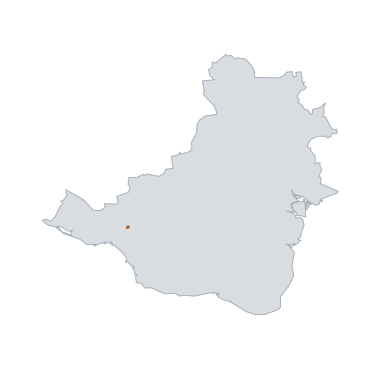 Santa Mariana, Paraná, Brazil shown in context, rotated 82°
{"feature_id": "56859067B10237874887501", "entity_name": "Santa Mariana", "entity_type": "district", "adm_level": 2, "iso_a3": "BRA", "parent_name": "Brazil", "parent_adm1": "Paraná", "projection": "natural_earth1", "projection_center": [-50.532, -23.056], "detail": "fine", "context": "in_parent", "style": "filled", "palette": "amber", "viewbox_px": 384, "rotation_deg": 82, "n_neighbors": 0, "source": "geoboundaries", "source_scale": "gbopen_adm2", "svg_char_len": 4197}
<svg xmlns="http://www.w3.org/2000/svg" viewBox="0 0 384 384"><g transform="rotate(82 192 192)"><path d="M108.0,71.1L111.6,74.7L116.1,73.0L117.5,75.2L120.0,72.0L126.0,68.7L127.3,65.6L131.2,63.9L131.5,61.9L127.1,61.2L125.9,52.7L122.2,47.4L127.3,50.1L131.9,49.9L135.1,52.7L136.1,49.4L147.6,45.3L150.1,42.6L150.0,40.0L153.4,39.9L154.4,41.1L153.3,45.3L156.3,46.5L157.3,50.0L155.3,52.7L154.3,59.7L156.5,67.0L161.9,71.3L164.3,70.6L165.4,68.3L167.5,68.8L173.7,65.0L181.4,66.2L180.3,63.0L181.5,61.0L183.0,61.9L188.1,60.4L193.8,64.1L196.2,62.3L201.6,63.6L211.7,47.1L213.3,48.8L216.7,64.0L218.5,66.4L221.8,67.7L222.2,71.6L216.5,78.9L212.9,81.3L208.2,91.3L203.6,92.7L208.4,93.0L215.5,87.9L216.9,94.3L218.8,96.3L226.2,94.1L224.0,101.3L226.8,95.5L230.2,92.2L231.9,93.2L232.6,92.2L232.0,89.5L234.2,86.4L239.9,85.6L252.1,91.2L253.0,94.0L254.7,92.0L257.5,94.2L258.3,96.6L256.8,98.3L257.4,99.1L259.0,97.5L259.3,99.0L257.9,100.6L257.0,105.6L258.9,103.5L260.3,99.9L260.6,102.5L266.1,99.1L278.8,103.3L289.0,102.9L299.0,109.6L307.7,118.9L318.6,120.5L320.7,123.9L323.5,137.3L322.3,146.1L318.0,154.9L306.1,169.4L306.0,168.2L303.8,174.8L300.0,180.6L298.3,181.5L297.0,178.9L295.9,180.2L294.3,186.4L295.4,204.2L293.1,214.5L293.4,218.6L290.0,222.8L289.0,233.2L281.0,246.2L280.6,252.1L275.9,254.6L273.7,259.6L267.6,259.7L266.4,257.8L265.9,259.9L256.6,260.4L257.0,262.1L251.1,266.3L247.8,266.2L241.9,269.7L234.6,275.9L233.2,278.9L231.9,277.8L231.4,279.1L229.7,278.5L231.9,280.3L230.1,282.3L229.6,285.6L230.8,292.8L229.2,303.7L223.0,309.8L215.5,324.7L208.3,331.4L208.2,329.2L213.2,326.4L217.6,318.3L217.8,316.8L214.8,317.7L213.0,315.1L213.9,317.7L213.1,320.7L208.7,325.7L207.3,329.6L207.8,331.8L204.5,339.4L199.9,344.1L198.9,343.5L198.8,339.7L201.4,336.3L197.3,330.9L188.2,324.9L185.4,321.5L182.8,323.3L182.6,320.9L177.4,315.7L175.0,317.0L172.4,316.3L183.3,302.1L184.6,302.1L184.3,300.8L196.5,292.3L197.5,285.2L195.3,280.2L191.3,280.2L193.7,268.2L191.2,266.3L186.0,267.4L183.4,254.9L179.1,252.8L175.9,254.3L169.0,252.5L169.9,244.3L167.6,237.8L169.6,236.4L167.8,234.5L171.9,222.6L169.6,217.1L165.8,214.9L166.1,207.5L153.9,207.4L153.4,201.2L151.1,198.2L153.1,198.1L151.5,188.0L147.6,185.7L142.9,185.9L134.3,179.3L125.2,177.5L121.3,173.9L118.6,168.2L118.4,156.2L110.5,157.7L97.0,167.1L92.9,165.9L83.5,166.3L83.9,154.1L79.3,158.2L73.0,158.5L71.6,154.7L66.1,153.9L67.6,150.6L60.5,139.4L62.4,137.5L62.1,134.4L66.2,130.9L65.5,128.1L67.8,120.5L74.7,115.7L81.8,113.1L87.3,114.1L91.1,89.9L89.5,84.6L86.5,81.7L86.7,76.1L92.7,75.5L91.7,72.5L88.0,72.4L88.1,67.3L99.3,67.2L99.2,65.2L100.9,67.0L104.5,64.2L106.4,67.4L106.7,71.4L108.0,71.1ZM219.9,81.5L232.4,82.9L229.4,91.4L227.1,91.6L226.7,93.1L224.9,92.4L222.9,94.6L218.1,94.5L216.4,90.3L217.7,89.2L216.2,87.7L217.2,82.7L219.9,81.5ZM209.2,91.8L211.1,85.7L213.1,84.8L213.0,88.6L209.2,91.8ZM223.3,78.5L222.1,80.8L219.3,80.3L219.7,78.8L223.3,78.5ZM219.0,76.0L218.6,80.7L217.3,80.2L219.0,76.0ZM225.3,81.5L223.5,81.7L222.7,81.4L224.9,80.0L225.3,81.5ZM217.1,81.6L215.3,83.2L214.6,82.4L215.9,81.0L217.1,81.6ZM220.5,77.6L219.6,76.6L221.1,75.7L221.3,76.6L220.5,77.6ZM219.5,65.5L218.5,65.8L218.2,64.1L219.2,64.0L219.5,65.5ZM231.2,297.3L230.9,295.8L231.7,294.4L231.9,294.9L231.2,297.3ZM252.2,265.7L252.5,267.4L251.2,267.0L252.2,265.7ZM230.6,286.6L230.1,285.7L230.9,284.8L231.2,285.2L230.6,286.6ZM258.6,102.5L257.9,104.3L258.6,101.8L258.6,102.5ZM297.6,181.8L296.3,182.3L297.1,180.9L297.6,181.8ZM259.9,261.1L258.7,261.6L258.4,261.3L259.2,260.6L259.9,261.1ZM295.5,185.0L295.0,185.9L294.7,185.3L295.5,185.0ZM255.3,90.5L255.4,91.4L255.0,91.3L255.3,90.5Z" fill="#d9dde1" stroke="#a8b0b8" stroke-width="1"/><path d="M217.7,259.2L217.6,259.3L217.4,259.4L217.3,259.5L217.5,259.6L217.4,259.7L217.5,259.7L217.5,259.8L217.4,259.8L217.4,260.0L217.4,260.3L217.5,260.3L217.5,260.5L217.4,260.5L217.4,260.8L217.5,260.9L217.5,261.0L217.9,261.5L218.0,261.5L218.3,261.5L218.5,261.4L218.4,261.3L218.4,261.2L218.5,261.2L218.5,260.9L218.4,260.9L218.5,260.8L218.5,260.7L218.4,260.7L218.4,260.8L218.3,260.7L218.5,260.6L218.5,260.4L218.5,260.2L218.4,260.2L218.3,259.9L218.2,259.9L217.9,259.8L217.9,259.7L218.0,259.7L218.0,259.4L217.9,259.3L217.7,259.2L217.7,259.2Z" fill="#f59e0b" stroke="#b45309" stroke-width="1.5"/></g></svg>